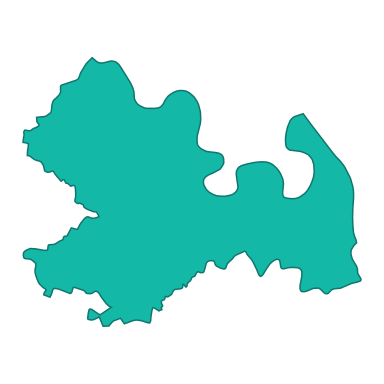 Chau Thanh, Long An, Vietnam
{"feature_id": "81297802B81408558281677", "entity_name": "Chau Thanh", "entity_type": "district", "adm_level": 2, "iso_a3": "VNM", "parent_name": "Vietnam", "parent_adm1": "Long An", "projection": "mercator", "projection_center": [106.49, 10.464], "detail": "fine", "context": "isolated", "style": "filled", "palette": "teal", "viewbox_px": 384, "rotation_deg": 0, "n_neighbors": 0, "source": "geoboundaries", "source_scale": "gbopen_adm2", "svg_char_len": 5902}
<svg xmlns="http://www.w3.org/2000/svg" viewBox="0 0 384 384"><path d="M303.2,113.7L294.3,116.7L292.2,118.2L290.2,120.6L287.6,126.9L286.3,132.2L285.6,137.2L285.5,142.0L286.0,145.8L286.6,147.4L288.4,149.3L289.9,150.1L300.5,151.4L305.3,153.1L308.4,154.8L311.0,157.7L312.3,159.7L313.8,164.7L314.2,171.5L314.1,173.5L313.7,176.1L313.1,178.3L311.9,181.9L309.9,186.4L307.1,190.9L304.6,193.6L300.5,196.5L298.1,197.8L294.8,198.6L291.5,198.7L286.9,198.2L284.5,197.5L283.6,196.7L282.9,195.3L282.6,193.0L283.5,183.6L282.9,179.4L280.6,173.9L279.0,171.2L276.7,168.2L272.8,164.7L269.7,163.0L267.1,162.2L264.3,161.9L259.5,161.9L254.7,162.4L249.3,163.5L244.4,164.7L241.4,165.7L238.8,167.2L237.6,168.8L236.5,171.2L236.2,174.2L238.0,187.3L237.7,188.6L236.7,190.9L235.5,192.2L233.2,194.1L230.0,195.3L225.3,196.2L220.8,196.2L216.4,195.7L213.1,194.5L209.0,192.1L206.5,189.7L205.3,187.7L203.7,184.5L203.4,182.2L203.6,179.8L204.6,178.1L205.9,176.7L208.7,174.8L212.3,173.3L219.9,169.3L221.6,167.2L223.5,163.8L223.8,162.5L223.6,158.5L223.0,156.7L222.1,155.2L220.2,153.8L218.5,153.1L215.2,152.5L208.0,151.7L205.6,151.1L201.1,148.8L199.5,147.4L198.1,145.8L197.5,144.6L197.0,140.7L197.2,136.1L200.4,123.2L200.7,118.7L200.4,112.0L198.7,105.2L197.1,101.5L194.5,97.5L192.9,95.8L189.4,92.9L186.5,91.3L183.5,90.6L180.3,90.5L176.7,91.1L173.7,92.3L170.2,94.5L168.0,96.3L165.3,99.9L163.1,104.1L161.0,106.6L158.7,107.8L154.4,108.4L146.7,108.3L144.6,108.0L139.5,105.6L137.0,103.6L135.1,100.4L134.3,98.4L134.0,92.5L133.6,90.6L132.6,87.4L130.5,82.9L121.4,68.2L118.7,64.3L116.1,62.1L113.4,61.2L110.8,61.0L102.5,63.1L98.8,62.7L97.0,61.8L92.1,57.7L86.2,63.7L80.7,72.7L79.1,77.0L78.4,78.5L77.6,79.4L76.0,80.3L61.6,85.1L60.9,85.6L60.6,86.1L60.5,87.1L60.6,92.3L59.1,95.0L56.2,98.0L54.1,99.8L53.4,100.7L52.7,102.2L51.9,105.4L51.3,111.1L50.8,112.6L46.5,115.9L44.8,116.5L36.6,117.3L36.9,121.7L38.0,123.4L38.9,124.2L39.0,125.0L38.6,125.7L37.8,126.5L36.1,127.5L33.9,128.3L32.5,129.1L31.5,130.0L29.8,130.8L27.3,130.5L25.5,130.1L24.9,130.1L24.2,130.8L23.8,132.4L24.1,134.8L23.6,137.6L23.0,142.4L25.8,142.8L28.4,143.7L28.2,147.1L27.6,150.2L27.3,155.6L29.0,155.7L30.4,156.5L34.2,159.4L36.3,160.3L39.7,161.2L41.4,162.2L42.6,164.1L43.6,166.2L44.6,170.7L45.5,171.5L47.4,172.2L48.3,172.2L49.8,172.0L51.9,171.2L53.1,171.3L53.9,172.1L55.1,174.2L60.9,181.1L61.7,181.0L63.1,179.7L64.0,179.7L64.6,180.1L65.3,182.2L66.0,183.2L67.9,183.5L70.7,186.1L71.4,186.1L73.0,185.4L74.1,185.5L74.8,186.0L75.2,186.9L75.4,188.7L75.7,193.8L75.7,196.6L74.9,200.1L74.9,201.0L75.3,201.9L77.2,203.4L78.5,203.5L80.2,203.1L81.3,204.0L83.0,204.5L83.3,204.8L83.7,206.6L84.4,207.5L86.9,209.1L92.9,211.5L93.9,211.8L95.5,211.8L96.5,212.2L98.3,214.9L98.9,216.8L95.6,217.9L93.3,218.3L92.6,218.3L90.2,217.6L88.1,216.8L86.9,216.9L85.7,217.6L84.5,218.6L80.9,223.0L79.7,224.9L77.4,229.5L71.3,227.9L67.0,236.0L64.2,236.4L63.6,237.1L63.1,239.2L62.6,239.8L59.2,241.4L55.3,243.9L53.1,244.5L49.8,244.7L48.5,245.0L48.1,246.1L47.7,249.5L47.2,250.2L44.3,250.4L35.9,248.9L30.3,248.5L26.7,250.0L25.2,250.9L23.8,252.3L23.5,253.0L23.3,255.0L23.7,257.4L24.1,258.0L24.6,258.4L25.4,258.7L27.0,258.7L30.2,259.2L31.7,259.9L35.8,263.4L35.9,265.2L35.0,270.0L35.1,272.5L35.6,274.7L36.8,278.4L38.7,282.8L39.6,284.1L43.2,287.6L45.6,289.2L46.0,289.8L46.0,290.3L44.3,292.6L43.7,294.8L50.0,297.2L51.3,294.7L52.9,289.4L54.0,288.5L54.9,288.4L58.5,289.0L70.1,293.5L70.7,293.4L71.8,292.2L72.7,288.8L73.3,287.5L73.7,287.4L75.2,287.6L83.6,290.4L84.8,291.2L85.9,292.9L87.2,293.5L90.2,293.7L91.7,293.4L94.9,291.5L95.9,291.1L97.6,291.9L99.0,293.3L101.7,297.6L106.2,303.6L108.6,305.8L109.8,306.6L111.4,307.2L100.2,314.8L98.3,313.9L91.6,309.3L90.1,309.1L89.4,309.3L89.1,309.7L88.3,313.0L87.7,318.0L87.7,318.8L88.2,319.3L89.8,319.8L91.8,320.0L93.8,319.6L99.3,317.0L103.1,326.3L109.2,325.9L109.6,325.0L112.9,321.3L114.8,320.4L120.5,318.3L124.4,323.8L133.0,320.6L136.3,320.0L141.0,320.6L148.0,322.8L149.5,323.0L150.2,322.2L150.7,320.5L151.0,316.4L151.9,310.7L152.6,308.1L153.3,307.7L154.4,308.0L158.9,310.9L159.5,310.7L160.4,310.0L161.7,309.9L161.8,309.3L161.4,308.2L161.3,307.4L162.4,306.5L162.6,305.4L161.5,303.4L161.3,301.7L162.3,300.3L163.8,300.0L164.5,299.4L164.9,298.5L165.2,296.6L165.6,296.3L166.7,296.8L167.8,296.9L171.2,294.7L171.8,294.0L173.3,290.8L174.9,289.4L179.8,288.9L182.0,288.3L182.7,287.2L182.7,284.9L182.9,284.3L183.8,284.5L185.6,286.9L186.4,286.9L186.9,286.3L187.1,284.9L187.8,283.0L188.6,282.2L190.5,280.7L191.8,277.7L192.4,277.2L194.9,276.1L196.1,273.5L197.3,272.0L198.4,271.8L200.2,272.6L202.0,272.7L203.4,272.3L203.7,272.0L204.6,269.6L206.2,263.5L206.5,262.8L208.0,261.4L208.9,260.9L210.5,260.7L213.1,260.7L214.1,261.5L214.7,262.4L215.3,264.6L215.8,265.4L216.5,266.1L220.7,268.2L223.2,268.9L224.4,269.0L225.3,268.6L225.8,267.9L227.3,263.7L232.5,258.7L233.8,256.9L235.5,255.3L244.4,251.3L245.2,251.5L245.9,251.9L247.2,254.6L251.6,259.6L253.3,262.5L256.6,269.4L258.9,274.9L260.3,276.3L260.8,276.4L261.2,276.2L262.3,275.3L263.2,274.3L266.8,268.3L269.5,264.4L271.0,262.8L273.9,260.5L276.7,259.2L278.3,259.4L279.5,260.3L279.9,261.5L280.8,267.1L281.5,268.2L282.0,268.6L283.2,268.8L284.4,268.7L288.1,267.7L292.7,267.4L298.1,267.8L299.7,268.6L301.2,270.1L301.8,271.7L301.9,274.5L301.8,276.2L300.1,285.1L300.0,288.2L300.2,289.4L300.6,290.5L301.0,291.0L301.9,291.6L304.3,291.7L306.3,291.3L312.8,288.6L314.0,288.3L318.4,288.1L319.2,288.4L320.6,289.3L324.1,292.9L325.8,293.7L327.4,293.7L328.7,292.9L331.4,290.0L333.1,289.1L334.8,288.7L340.5,288.2L351.6,283.4L357.2,282.1L360.2,281.1L361.0,280.1L360.9,278.8L357.7,273.3L357.4,268.8L356.4,265.8L354.4,262.8L352.3,258.9L351.4,256.0L350.9,253.6L351.2,249.9L353.2,246.6L354.9,244.3L356.4,243.3L356.5,242.1L355.8,239.3L354.7,236.7L353.5,232.6L352.8,224.5L352.6,216.8L352.8,208.2L353.5,199.4L353.6,194.4L353.4,190.3L352.7,186.2L350.4,178.2L345.2,167.9L343.4,165.1L339.8,160.6L335.6,156.3L331.9,151.7L309.8,122.8L303.2,113.7Z" fill="#14b8a6" stroke="#0f766e" stroke-width="1.5"/></svg>